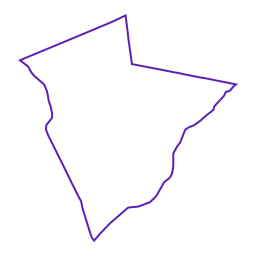 Jatobá, Pernambuco, Brazil
{"feature_id": "56859067B30515862581919", "entity_name": "Jatobá", "entity_type": "district", "adm_level": 2, "iso_a3": "BRA", "parent_name": "Brazil", "parent_adm1": "Pernambuco", "projection": "mercator", "projection_center": [-38.199, -9.217], "detail": "fine", "context": "isolated", "style": "outline", "palette": "violet", "viewbox_px": 256, "rotation_deg": 0, "n_neighbors": 0, "source": "geoboundaries", "source_scale": "gbopen_adm2", "svg_char_len": 1014}
<svg xmlns="http://www.w3.org/2000/svg" viewBox="0 0 256 256"><path d="M236.0,84.4L223.9,82.0L203.3,77.9L200.4,77.5L184.1,74.3L177.4,72.8L174.0,72.3L170.8,71.6L131.9,64.1L128.9,42.2L128.3,38.3L127.9,33.7L126.4,22.2L125.6,15.4L113.1,21.4L76.8,36.6L46.3,49.3L26.0,57.7L20.0,60.3L27.9,66.3L31.4,72.5L34.0,75.6L44.2,84.6L46.8,90.8L47.5,93.7L48.1,96.9L48.7,101.0L50.3,105.4L52.1,113.1L52.1,117.7L48.1,122.9L46.3,125.0L46.0,129.7L48.1,135.1L59.4,157.9L61.8,162.6L72.3,184.1L74.1,187.7L78.5,196.6L81.1,201.2L82.6,208.6L84.1,213.4L90.6,234.3L91.8,237.6L94.1,240.6L101.3,232.3L110.3,223.0L128.1,207.6L138.6,206.5L150.1,202.1L153.0,199.3L156.4,195.9L164.1,182.2L169.0,178.4L171.2,175.5L172.3,172.3L173.3,166.2L173.3,160.6L173.3,153.4L175.4,149.6L177.0,146.6L180.0,142.8L182.3,137.2L183.8,133.1L185.4,129.5L188.9,127.3L193.9,125.3L197.8,122.6L200.6,120.5L203.7,117.7L206.6,115.1L210.4,112.3L213.4,109.8L214.4,106.2L223.8,96.1L225.9,91.9L229.9,90.8L233.2,86.7L236.0,84.4Z" fill="none" stroke="#5b21b6" stroke-width="2"/></svg>